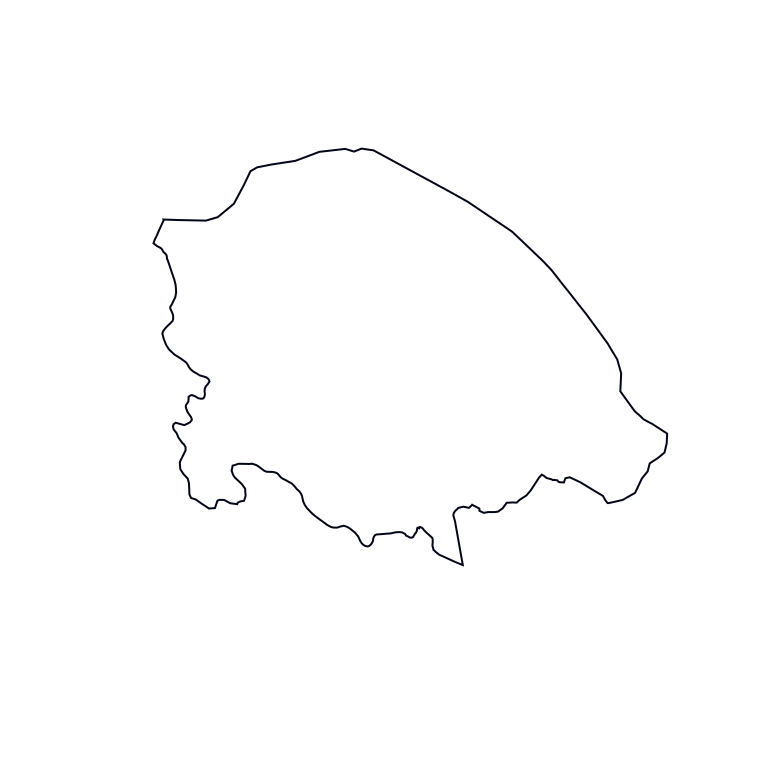 the district of Lamandau, Kalimantan Tengah, Indonesia, rotated 302°
{"feature_id": "22746128B62127435888540", "entity_name": "Lamandau", "entity_type": "district", "adm_level": 2, "iso_a3": "IDN", "parent_name": "Indonesia", "parent_adm1": "Kalimantan Tengah", "projection": "equal_earth", "projection_center": [111.153, -1.823], "detail": "fine", "context": "isolated", "style": "outline", "palette": "ink", "viewbox_px": 768, "rotation_deg": 302, "n_neighbors": 0, "source": "geoboundaries", "source_scale": "gbopen_adm2", "svg_char_len": 5314}
<svg xmlns="http://www.w3.org/2000/svg" viewBox="0 0 768 768"><g transform="rotate(302 384 384)"><path d="M272.2,546.8L288.9,531.7L305.4,516.8L309.2,512.5L311.3,511.6L313.7,511.6L318.3,512.7L322.0,516.3L324.0,521.7L328.2,522.8L328.3,522.8L328.3,523.1L328.9,530.9L327.0,532.2L327.6,536.9L330.5,540.1L334.3,546.1L336.3,548.4L341.5,550.5L348.3,551.0L351.8,556.0L353.7,559.4L357.6,560.4L364.9,563.8L370.7,564.7L372.4,564.8L375.8,564.9L386.8,565.1L390.7,565.8L390.9,568.2L390.4,571.5L391.9,576.5L392.0,578.1L393.0,579.4L394.2,582.3L393.5,583.7L393.9,585.3L395.8,588.7L400.2,587.8L403.3,590.9L404.7,602.5L404.9,619.4L405.0,625.2L405.1,626.5L405.1,629.0L402.7,633.3L401.5,636.7L402.2,637.8L408.8,644.5L412.1,647.8L424.7,654.6L434.5,653.5L440.2,652.8L440.3,652.8L440.6,652.8L449.6,653.9L457.5,651.4L463.1,654.0L466.8,655.7L474.6,658.2L483.7,655.1L492.0,650.4L492.3,632.5L491.9,628.2L491.6,622.7L492.6,618.4L493.7,611.2L503.0,588.3L518.7,579.5L528.4,568.8L531.9,561.9L534.5,556.7L536.8,552.4L542.9,537.3L550.4,518.6L554.7,506.4L556.1,502.8L556.2,502.3L559.2,494.1L563.3,482.4L569.3,465.9L571.3,458.3L572.4,454.2L578.9,422.7L581.1,411.8L581.8,390.5L582.6,367.7L582.9,358.1L581.9,337.7L576.6,251.3L571.7,240.2L565.2,235.4L562.9,226.6L551.2,211.9L546.6,206.1L526.3,190.6L510.8,172.6L500.5,161.6L493.7,158.0L489.5,158.5L477.4,159.8L457.4,161.2L437.4,154.6L428.2,146.4L413.6,121.9L406.6,109.8L406.2,110.4L401.9,110.9L393.6,112.0L390.1,112.6L384.4,113.2L381.1,114.0L380.7,118.3L381.0,122.6L380.6,124.3L379.1,127.0L378.7,129.3L378.1,131.1L377.0,132.3L375.1,133.7L374.5,134.8L372.0,137.9L366.8,144.2L361.0,151.3L359.3,153.0L358.0,154.4L355.6,156.3L351.4,159.3L347.0,161.0L341.5,161.6L339.1,161.9L336.3,161.8L334.6,162.9L333.1,165.3L331.7,167.3L330.3,168.9L327.3,170.8L325.6,171.3L324.2,171.0L322.7,170.8L320.3,170.1L316.1,169.1L312.0,168.7L309.5,169.2L305.6,173.2L301.7,178.5L299.4,183.3L297.9,190.8L297.9,198.4L297.4,204.9L296.3,207.5L295.0,209.5L293.9,212.6L293.5,215.9L293.7,220.2L293.6,222.7L294.2,225.1L294.7,226.8L295.5,229.9L295.1,232.7L293.7,234.7L291.1,234.7L287.4,234.1L284.9,234.6L282.7,235.7L281.2,237.0L279.7,237.9L277.4,238.6L275.7,238.2L274.5,236.6L273.5,233.9L273.5,230.3L272.8,226.9L271.7,225.9L269.5,225.1L268.1,226.0L265.1,227.5L263.0,227.3L261.3,227.3L259.6,227.9L258.1,229.6L256.2,232.2L254.7,235.4L253.7,237.9L251.9,240.0L250.5,240.0L248.5,239.7L244.9,237.5L243.3,236.4L242.6,234.1L240.8,227.9L238.5,226.9L236.3,227.4L234.0,229.7L232.3,234.4L229.6,238.1L227.1,244.3L226.8,246.3L225.3,249.2L222.5,250.9L209.6,252.2L207.2,253.9L203.9,256.3L201.6,261.1L201.5,261.3L201.4,261.6L200.5,264.9L199.8,267.6L198.6,268.9L197.6,270.0L196.5,271.2L193.4,273.3L191.2,274.8L190.9,275.0L189.2,276.2L188.9,276.4L187.2,277.6L186.3,278.9L186.0,279.4L185.1,280.8L186.3,285.5L186.1,288.9L185.9,292.5L185.8,298.1L185.7,299.9L185.6,301.5L189.2,306.4L193.9,305.3L196.4,304.7L196.8,304.6L198.5,305.8L201.0,309.9L201.0,310.0L201.1,312.2L201.1,312.4L201.2,313.5L201.4,316.8L201.9,317.9L204.3,323.2L205.2,323.0L205.8,322.8L207.3,323.8L208.1,324.3L208.4,324.5L210.8,327.2L215.8,325.9L216.4,325.5L218.0,324.3L219.3,323.3L221.0,322.2L221.6,321.7L222.3,320.1L222.4,319.9L222.5,319.5L223.7,316.7L223.9,316.0L225.6,307.2L226.1,306.2L226.5,305.0L226.7,304.7L226.8,304.4L227.0,304.1L227.7,303.3L228.5,302.2L229.0,301.7L229.5,301.1L229.8,300.6L231.9,299.9L233.0,299.5L234.6,298.9L235.6,299.9L238.4,302.2L239.3,302.9L239.5,303.4L240.3,304.6L241.3,306.3L243.6,310.1L244.1,311.0L244.7,312.0L245.0,312.4L245.8,313.5L246.1,313.8L246.4,314.2L247.0,316.2L247.6,319.0L247.6,321.3L247.4,323.6L247.2,325.7L247.0,327.7L247.0,329.1L247.4,331.0L248.8,333.4L250.6,336.5L251.3,338.6L251.6,340.4L251.6,340.9L251.4,342.1L250.8,343.7L250.2,345.9L250.1,346.8L250.0,347.9L250.2,349.8L250.4,351.9L250.7,358.9L250.2,361.0L249.9,362.1L249.7,362.8L249.6,363.2L249.4,363.6L248.7,365.7L248.1,369.1L247.0,371.8L245.4,374.0L243.5,375.8L242.2,377.2L242.0,377.3L241.9,377.4L241.7,377.6L239.5,380.8L239.4,381.0L238.0,384.2L236.0,392.0L235.8,394.0L235.7,394.2L235.5,395.9L235.4,397.2L235.2,399.4L235.1,400.8L235.0,402.1L235.0,402.7L234.4,410.3L234.6,414.5L235.5,417.3L237.5,420.5L240.1,422.6L241.3,423.9L242.4,424.9L242.5,425.2L242.8,426.4L242.9,426.7L243.3,428.1L243.4,431.4L243.2,433.2L242.6,438.1L241.7,440.9L241.6,441.2L241.1,442.7L240.6,443.6L240.0,444.4L239.1,445.8L238.5,446.8L238.4,446.8L238.3,447.0L237.9,447.9L237.3,449.1L236.8,451.0L236.6,451.7L236.6,451.8L236.7,452.7L236.7,454.2L236.8,454.3L237.0,454.7L237.6,456.2L238.7,457.2L239.6,457.5L240.9,457.9L241.1,458.0L243.0,458.0L245.0,457.8L245.6,457.5L246.8,457.0L247.8,456.6L248.5,456.5L250.3,456.4L250.8,456.4L251.2,456.6L252.4,457.4L253.1,458.3L254.0,459.6L254.3,460.0L256.9,463.5L260.9,468.9L261.8,469.8L263.8,471.8L264.6,472.7L266.8,475.9L267.7,477.9L268.0,481.4L267.1,483.2L267.5,485.3L267.4,487.0L268.3,488.8L269.3,489.7L271.7,489.7L273.0,489.6L275.1,489.9L276.9,489.7L278.0,489.2L278.9,488.7L279.8,488.6L280.2,490.2L281.4,489.8L281.9,490.6L282.1,492.3L282.0,493.7L281.3,495.0L280.9,497.1L280.5,498.6L279.1,506.5L278.1,507.6L274.8,509.6L273.2,510.4L272.5,510.8L272.4,510.9L269.9,513.6L269.6,513.8L269.6,514.0L269.4,515.0L269.3,515.5L269.1,516.3L269.1,516.5L268.9,517.4L268.8,518.3L268.8,519.0L268.7,519.6L268.5,521.3L270.7,538.0L272.1,546.4L272.2,546.8Z" fill="none" stroke="#020617" stroke-width="2"/></g></svg>